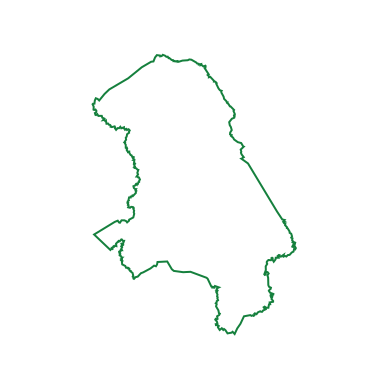 outline of Phayakkhaphum Phisai, Maha Sarakham, Thailand, rotated 222°
{"feature_id": "78962969B19409562021129", "entity_name": "Phayakkhaphum Phisai", "entity_type": "district", "adm_level": 2, "iso_a3": "THA", "parent_name": "Thailand", "parent_adm1": "Maha Sarakham", "projection": "natural_earth1", "projection_center": [103.233, 15.531], "detail": "fine", "context": "isolated", "style": "outline", "palette": "green", "viewbox_px": 384, "rotation_deg": 222, "n_neighbors": 0, "source": "geoboundaries", "source_scale": "gbopen_adm2", "svg_char_len": 5977}
<svg xmlns="http://www.w3.org/2000/svg" viewBox="0 0 384 384"><g transform="rotate(222 192 192)"><path d="M309.7,270.2L309.5,267.3L308.0,263.2L309.5,261.5L312.8,251.1L315.5,233.8L322.1,212.9L322.6,206.3L322.2,197.9L324.4,198.0L326.2,197.3L325.4,194.9L323.6,192.4L324.6,191.4L324.6,190.7L322.1,189.6L320.3,187.3L319.6,187.5L318.9,188.7L317.3,188.3L316.6,187.2L317.0,185.7L315.3,184.7L314.8,184.9L314.5,186.5L312.5,185.9L310.0,188.2L308.4,187.2L306.3,187.9L306.2,185.9L305.4,186.9L304.1,186.7L303.9,187.6L301.2,185.5L300.2,186.7L298.8,186.4L297.8,187.0L296.8,186.9L296.2,186.0L295.0,186.6L293.4,189.0L292.3,188.6L291.9,187.8L290.0,187.4L290.0,189.7L288.9,190.6L288.9,192.5L287.2,192.0L285.9,194.5L285.2,193.6L284.3,194.0L283.4,193.5L282.9,195.0L281.8,194.6L281.1,196.2L279.5,196.1L279.1,194.4L278.4,193.9L278.9,191.5L277.6,189.4L277.5,188.0L276.0,186.8L275.5,183.6L274.7,183.9L274.3,183.2L272.9,182.8L270.8,180.5L270.3,180.6L270.0,181.3L269.1,180.8L268.7,179.6L268.1,179.2L266.9,179.3L266.3,178.8L265.6,180.0L264.5,179.0L262.2,178.4L261.5,178.8L259.6,178.0L259.4,178.6L258.6,178.9L258.2,177.6L257.0,177.5L257.0,176.7L256.3,177.3L254.2,174.3L253.7,175.0L253.2,174.9L253.3,173.6L251.8,172.8L251.7,172.0L251.2,172.4L250.7,171.5L249.3,172.3L247.4,172.1L246.7,172.5L245.4,169.6L243.9,169.0L243.5,166.4L242.7,167.1L241.9,166.8L241.1,167.3L239.0,166.4L238.8,165.1L238.0,164.1L238.4,163.5L237.6,161.7L238.5,161.2L237.9,160.4L238.9,160.2L238.6,158.9L239.4,157.1L237.9,156.1L236.2,156.1L235.5,156.7L235.2,155.5L234.1,155.5L234.1,154.7L233.1,153.8L233.2,149.4L233.9,149.4L233.7,148.7L234.5,147.6L233.9,146.9L235.1,145.8L233.8,143.5L233.3,143.4L233.5,142.0L232.8,140.8L232.1,141.2L231.0,139.5L230.5,139.8L229.5,138.9L229.2,137.9L227.5,138.8L227.3,140.2L226.6,140.8L225.4,141.4L224.5,141.1L224.5,140.3L222.5,139.4L221.8,138.0L220.4,137.2L218.6,133.8L220.2,129.4L219.6,128.5L219.9,126.0L221.4,126.3L223.3,125.7L225.4,123.8L225.0,120.9L225.9,120.5L228.0,121.0L229.4,118.1L236.3,94.9L213.9,94.3L214.0,95.4L213.4,95.9L214.0,96.5L213.2,96.8L214.0,97.9L213.6,98.6L213.9,99.2L213.2,99.4L213.3,100.5L212.0,101.2L213.9,102.8L213.8,105.7L213.3,105.9L213.7,106.7L212.7,107.5L212.8,109.5L212.3,109.8L210.7,109.4L209.8,110.2L208.8,107.7L209.8,106.4L208.8,105.9L208.7,106.6L207.8,106.6L207.9,105.3L208.4,105.2L208.2,104.2L206.9,104.1L206.3,101.5L205.6,102.1L205.1,101.9L205.8,101.3L205.4,100.1L206.2,98.9L205.4,98.2L204.7,98.4L204.1,97.5L203.7,97.7L203.3,96.5L201.7,96.8L200.7,96.2L200.1,96.6L200.2,96.1L199.6,95.8L199.8,94.9L199.3,95.0L199.1,94.1L198.5,94.5L197.9,93.7L197.5,93.9L197.4,93.2L195.4,91.5L192.1,92.4L190.3,91.6L189.4,92.5L188.8,92.3L188.4,93.1L187.0,93.0L186.8,92.3L185.5,91.9L184.6,92.3L184.3,91.9L182.1,92.1L179.9,90.7L179.4,89.4L178.2,89.4L177.6,88.5L177.0,88.6L176.9,89.6L177.4,90.3L175.7,92.8L175.6,97.5L174.5,99.6L171.7,107.4L170.9,111.9L169.1,112.7L169.5,114.8L170.8,116.9L163.9,123.8L155.3,121.1L152.7,121.2L144.9,126.5L139.7,131.7L123.8,138.0L122.3,138.0L114.4,134.7L113.2,135.4L112.9,134.7L111.3,135.9L112.0,137.5L108.2,139.1L108.9,137.3L108.4,135.9L107.4,135.9L107.8,134.7L106.6,134.6L106.8,133.8L104.5,132.9L103.5,131.2L102.5,131.0L102.1,130.0L100.2,129.0L100.6,127.5L99.9,126.5L99.9,125.2L98.6,125.2L97.7,123.2L97.0,122.9L93.2,121.7L90.9,120.0L89.9,120.2L89.5,118.8L90.2,116.4L88.1,114.8L88.5,113.7L89.5,113.5L89.3,112.7L86.9,112.4L85.1,111.3L84.8,111.0L85.9,109.7L85.1,109.1L84.2,110.0L82.5,110.3L82.5,109.1L82.2,108.8L79.1,108.0L78.7,110.7L76.5,110.4L76.5,111.6L74.8,111.7L71.0,110.7L68.5,113.9L68.3,115.3L65.3,115.0L67.1,120.9L67.8,126.4L70.2,134.4L66.3,139.5L64.9,139.8L64.4,140.9L63.3,141.2L63.1,142.2L64.2,143.1L64.1,143.9L62.3,144.4L62.5,146.7L61.5,149.0L60.5,149.2L59.7,150.0L59.9,151.5L58.7,154.3L59.8,155.0L59.9,154.3L60.4,154.0L61.6,154.3L61.3,155.4L59.5,155.6L57.8,157.1L59.6,160.0L58.8,160.9L60.4,161.9L58.3,164.7L58.8,165.3L61.4,165.7L62.2,167.9L62.6,167.9L63.2,166.9L64.3,167.5L64.6,168.1L62.9,170.0L63.3,170.7L66.5,169.4L68.8,170.0L69.0,171.6L68.7,172.5L69.3,173.7L71.4,173.1L73.0,173.9L78.0,179.2L80.2,180.6L80.5,182.7L82.2,183.0L83.2,182.5L83.3,181.9L82.1,179.8L82.4,179.1L83.2,179.2L84.9,183.4L87.5,186.1L88.0,188.9L89.0,189.3L89.8,190.4L89.7,192.6L87.7,194.1L87.6,195.3L88.7,196.0L88.5,196.7L87.8,196.8L86.7,195.6L84.6,194.9L84.8,197.7L85.8,199.2L83.8,201.0L85.5,201.7L85.3,203.3L84.6,203.7L83.7,202.7L82.7,203.4L81.9,206.6L81.4,205.3L80.8,205.1L80.1,206.7L78.7,207.2L78.6,209.2L77.4,210.6L77.4,213.8L76.7,215.6L78.1,218.2L77.9,218.6L77.0,218.6L77.3,219.8L79.5,220.5L80.1,218.8L80.9,218.5L81.4,220.2L80.5,221.6L81.4,223.4L82.3,223.1L82.3,222.0L83.7,221.9L83.8,222.9L85.4,223.2L86.3,224.8L87.7,224.5L88.0,226.0L90.4,227.4L92.1,227.0L93.0,227.9L96.6,229.0L97.4,228.7L97.9,229.4L100.6,229.6L101.3,230.8L102.6,230.4L104.0,230.8L103.2,231.9L104.3,231.7L104.4,233.2L106.6,232.0L115.8,234.4L169.5,250.7L177.6,249.8L177.0,250.9L177.3,251.6L176.9,252.5L180.2,253.1L181.9,253.9L182.3,254.9L184.2,256.1L183.9,260.3L184.4,260.1L188.2,261.3L191.3,259.7L195.9,259.2L197.8,259.9L199.8,259.8L200.5,260.7L201.0,260.0L201.7,260.6L202.4,260.4L203.4,261.7L203.9,264.6L206.6,266.3L208.6,266.9L211.1,268.8L211.4,273.1L210.3,275.5L211.0,276.8L211.4,276.5L212.1,277.0L212.2,278.5L215.4,280.0L215.6,281.1L220.7,281.4L221.2,281.0L223.7,281.8L225.4,281.7L225.6,282.4L226.3,282.0L227.3,282.5L230.5,282.7L232.3,284.0L236.6,285.5L237.6,286.3L237.7,287.0L239.3,286.3L241.6,286.7L246.5,288.7L246.5,289.4L247.0,289.5L248.4,289.6L249.6,288.7L250.0,289.3L255.5,289.8L256.2,288.6L256.7,289.3L258.6,289.4L258.3,290.6L265.4,292.5L265.2,293.4L266.2,294.5L266.2,295.5L267.6,292.9L269.7,292.9L270.4,292.0L270.9,293.1L272.3,291.2L272.9,291.7L274.3,290.9L275.4,291.1L281.0,289.9L282.7,288.7L283.3,287.1L287.0,283.3L289.1,279.8L289.9,279.8L290.1,279.0L290.7,279.3L291.9,277.7L292.6,277.8L293.4,276.8L294.2,277.3L295.5,276.5L298.6,276.4L299.0,275.8L300.6,276.3L301.5,275.3L303.1,275.3L305.5,274.4L305.5,272.7L306.4,271.5L307.1,272.0L309.7,270.2Z" fill="none" stroke="#15803d" stroke-width="2"/></g></svg>